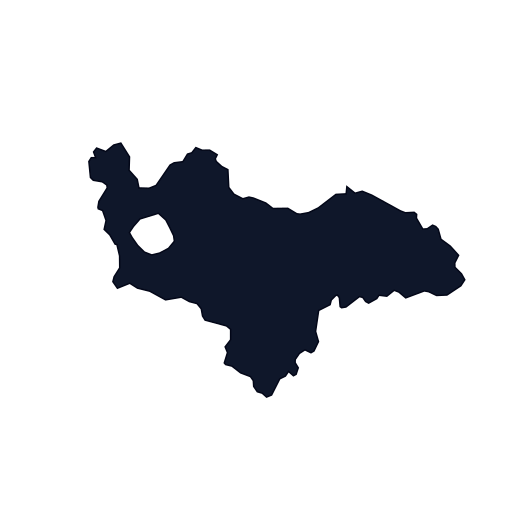 Derbyshire, Mercator projection, rotated 120°
{"feature_id": "GBR-2059", "entity_name": "Derbyshire", "entity_type": "Administrative County", "adm_level": 1, "iso_a3": "GBR", "parent_name": "United Kingdom", "parent_adm1": "", "projection": "mercator", "projection_center": [-1.584, 53.108], "detail": "fine", "context": "isolated", "style": "filled", "palette": "ink", "viewbox_px": 512, "rotation_deg": 120, "n_neighbors": 0, "source": "natural_earth", "source_scale": "10m", "svg_char_len": 2093}
<svg xmlns="http://www.w3.org/2000/svg" viewBox="0 0 512 512"><g transform="rotate(120 256 256)"><path d="M150.5,212.0L152.1,201.6L146.8,196.4L145.4,186.2L144.7,153.5L143.9,148.3L139.1,140.9L139.6,137.7L143.0,136.0L149.3,125.0L146.8,121.3L141.0,118.5L140.6,115.1L141.7,111.6L149.0,104.2L150.3,92.7L154.1,80.9L162.6,80.4L166.3,78.1L168.7,69.1L172.2,63.3L179.4,63.7L194.3,71.1L199.9,79.9L200.6,88.7L202.1,92.8L217.4,105.4L215.8,114.3L216.6,119.2L225.4,122.6L228.5,129.9L232.5,130.1L240.5,134.9L240.6,138.3L238.5,142.8L239.4,146.1L255.2,152.6L258.0,156.0L257.8,157.8L250.4,163.0L249.1,166.1L250.4,167.2L256.5,168.8L261.1,167.5L271.8,174.5L291.5,166.7L298.9,159.1L309.3,158.3L312.3,160.0L312.8,166.7L318.7,169.7L326.0,170.3L328.8,168.8L331.7,163.5L338.4,162.1L341.0,163.7L339.7,170.1L345.3,170.5L350.5,174.0L368.6,173.0L372.9,176.3L371.7,182.0L372.9,187.0L370.1,192.8L365.3,196.0L363.2,200.5L364.9,210.9L363.4,221.8L365.2,228.0L364.5,230.0L353.9,232.4L350.1,237.3L341.2,236.1L332.2,241.3L331.3,246.6L337.0,268.0L334.7,272.3L329.1,277.0L326.7,283.3L328.8,290.9L329.0,300.1L339.2,312.4L339.6,330.4L343.1,342.6L342.7,351.7L353.2,359.9L349.8,367.1L344.9,368.5L334.4,368.1L324.1,374.2L315.6,382.2L316.2,383.9L310.8,393.2L308.9,400.8L300.2,403.6L293.3,411.6L294.0,416.2L292.8,417.3L287.2,419.4L271.4,418.9L269.1,420.7L268.6,426.2L271.8,434.8L270.8,438.6L257.7,448.0L253.2,447.8L251.0,444.0L247.1,448.7L242.2,448.0L240.6,438.3L231.0,434.7L225.8,429.5L233.4,415.1L245.2,408.8L249.0,397.2L255.6,391.4L250.8,382.5L244.8,377.8L220.2,375.9L216.2,373.5L210.9,366.5L202.0,366.3L198.7,363.2L192.2,362.3L191.3,355.5L187.5,349.1L187.7,340.2L192.2,339.9L194.0,337.7L195.6,330.4L195.3,323.5L210.2,313.9L213.5,306.0L213.0,296.0L208.5,291.6L207.1,287.2L205.2,274.0L206.4,265.1L198.8,252.3L199.0,241.8L197.7,238.7L192.1,232.1L183.2,226.1L162.7,217.6L157.1,209.0L150.5,212.0ZM299.0,377.4L301.9,372.6L306.0,363.8L308.4,354.6L307.2,346.8L301.6,340.9L293.1,335.6L284.0,334.1L279.6,337.5L274.6,344.8L269.9,352.1L267.8,361.9L281.9,375.0L291.6,376.9L299.0,377.4Z" fill="#0f172a" stroke="#020617" stroke-width="1.5"/></g></svg>